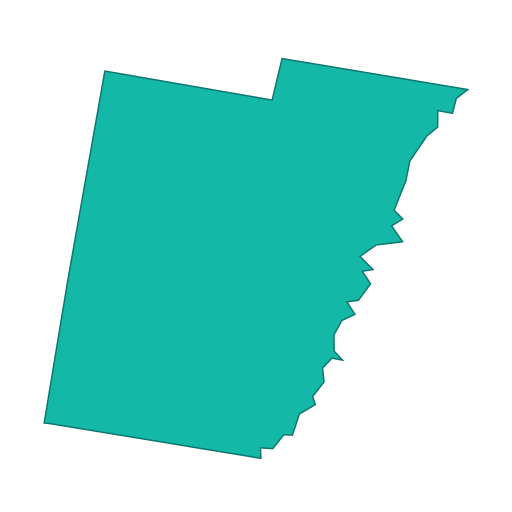 the district of Calhoun, Florida, United States of America, rotated 9°
{"feature_id": "52423323B11217217149990", "entity_name": "Calhoun", "entity_type": "district", "adm_level": 2, "iso_a3": "USA", "parent_name": "United States of America", "parent_adm1": "Florida", "projection": "natural_earth1", "projection_center": [-85.065, 30.404], "detail": "fine", "context": "isolated", "style": "filled", "palette": "teal", "viewbox_px": 512, "rotation_deg": 9, "n_neighbors": 0, "source": "geoboundaries", "source_scale": "gbopen_adm2", "svg_char_len": 661}
<svg xmlns="http://www.w3.org/2000/svg" viewBox="0 0 512 512"><g transform="rotate(9 256 256)"><path d="M439.1,58.5L250.9,56.9L247.5,99.5L77.8,97.0L73.9,310.1L72.9,454.1L78.2,453.8L292.5,455.1L290.4,444.8L302.7,443.6L311.4,428.2L320.0,427.2L323.6,405.3L337.8,393.4L333.9,385.9L342.9,369.8L339.3,356.2L347.0,345.0L357.7,345.3L348.1,337.8L345.3,321.8L350.9,306.3L362.8,298.1L352.9,287.1L364.1,283.7L373.5,265.5L363.3,254.4L373.7,251.1L358.7,240.1L373.0,226.3L398.6,219.0L385.2,205.0L395.2,196.5L385.2,189.2L392.3,158.1L393.1,138.1L406.1,110.6L415.3,100.2L412.8,84.0L427.7,84.3L429.2,69.1L439.1,58.5Z" fill="#14b8a6" stroke="#0f766e" stroke-width="1.5"/></g></svg>